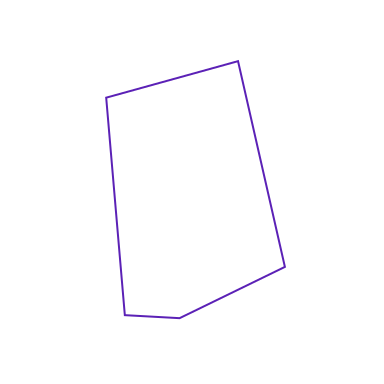 outline of Curepipe, rotated 110°
{"feature_id": "MUS-5183", "entity_name": "Curepipe", "entity_type": "City", "adm_level": 1, "iso_a3": "MUS", "parent_name": "Mauritius", "parent_adm1": "", "projection": "robinson", "projection_center": [57.517, -20.322], "detail": "fine", "context": "isolated", "style": "outline", "palette": "violet", "viewbox_px": 384, "rotation_deg": 110, "n_neighbors": 0, "source": "natural_earth", "source_scale": "10m", "svg_char_len": 235}
<svg xmlns="http://www.w3.org/2000/svg" viewBox="0 0 384 384"><g transform="rotate(110 192 192)"><path d="M53.3,193.5L230.6,79.1L314.8,160.5L330.7,213.0L132.7,304.9L53.3,193.5Z" fill="none" stroke="#5b21b6" stroke-width="2"/></g></svg>